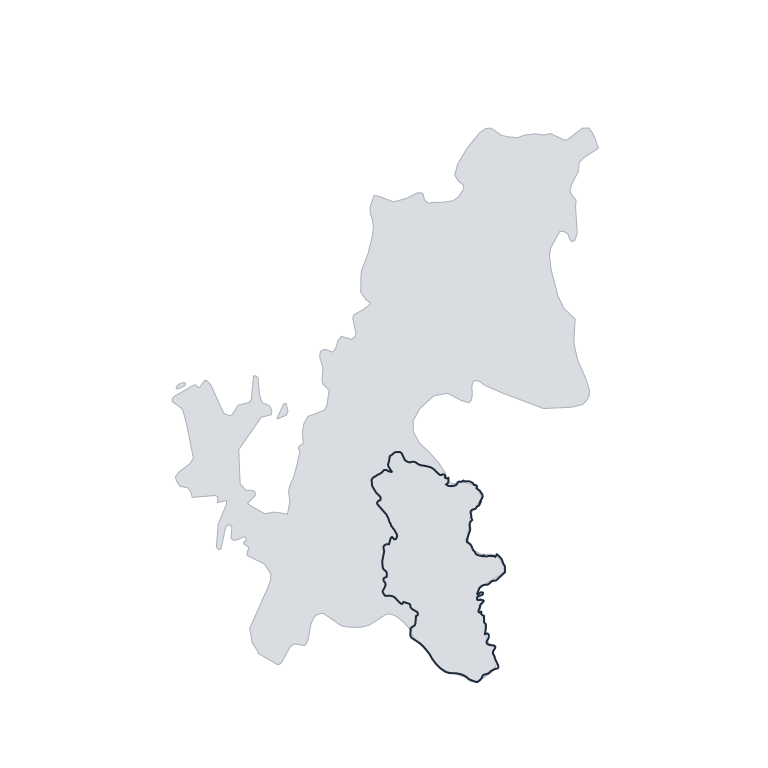 Khatlon highlighted on a map of Tajikistan, rotated 284°
{"feature_id": "TJK-367", "entity_name": "Khatlon", "entity_type": "Region", "adm_level": 1, "iso_a3": "TJK", "parent_name": "Tajikistan", "parent_adm1": "", "projection": "robinson", "projection_center": [69.268, 37.83], "detail": "fine", "context": "in_parent", "style": "outline", "palette": "slate", "viewbox_px": 768, "rotation_deg": 284, "n_neighbors": 0, "source": "natural_earth", "source_scale": "10m", "svg_char_len": 9093}
<svg xmlns="http://www.w3.org/2000/svg" viewBox="0 0 768 768"><g transform="rotate(284 384 384)"><path d="M116.2,540.5L119.2,533.7L120.6,511.2L124.4,503.5L135.8,489.5L141.7,478.8L148.4,470.2L153.2,467.3L157.6,460.5L161.3,452.7L162.3,447.8L162.0,443.9L160.7,441.4L146.3,427.9L142.0,419.5L139.6,408.8L139.0,401.3L146.8,380.7L145.6,377.3L143.4,374.1L138.9,372.1L132.4,371.2L117.9,372.2L112.2,371.1L110.9,369.8L110.2,360.4L108.8,358.4L106.4,356.6L89.9,352.3L86.7,350.4L86.1,348.0L92.1,327.3L94.6,325.7L101.0,318.7L114.4,312.8L158.8,320.6L166.1,321.4L171.0,320.6L174.4,318.2L180.4,311.5L184.5,292.6L188.1,291.9L191.8,292.8L193.5,291.0L195.0,286.5L196.5,286.0L199.2,288.3L201.9,286.2L201.6,284.3L198.6,281.2L195.9,276.3L197.1,272.9L208.6,271.0L209.8,269.3L209.4,266.5L206.4,265.0L184.6,265.7L183.3,264.0L183.9,262.2L185.6,260.7L208.3,257.0L229.3,260.3L232.8,259.3L228.6,251.0L234.3,250.2L235.0,247.4L227.6,225.3L231.7,223.4L235.8,219.0L235.4,210.8L239.0,206.8L243.3,204.0L249.7,206.8L259.5,214.9L265.9,217.0L297.9,201.9L309.7,195.3L311.7,192.8L315.7,182.8L317.9,182.1L320.9,183.2L337.3,200.1L337.3,202.4L335.6,204.1L336.0,205.8L344.4,209.4L344.5,211.0L341.5,215.9L316.7,235.7L315.9,242.1L317.9,244.2L328.2,247.6L333.5,257.8L337.3,259.0L360.5,255.5L360.7,257.2L359.6,260.3L343.9,265.5L336.7,269.9L335.3,277.7L333.4,279.9L330.2,281.8L327.0,282.2L322.1,273.0L285.3,258.9L252.2,268.6L247.5,275.7L249.0,282.2L248.1,285.0L244.7,286.0L235.3,280.5L233.1,285.2L229.3,299.8L233.2,308.6L234.5,321.8L247.1,321.1L257.4,317.2L262.6,317.1L270.6,318.8L284.6,319.1L298.4,318.7L301.0,316.2L303.9,317.1L306.6,320.1L317.8,316.4L326.1,315.9L334.2,318.1L343.8,332.1L348.9,333.8L364.5,332.3L369.1,324.7L373.1,322.8L384.9,320.8L394.8,315.0L399.8,314.4L402.3,316.4L403.5,319.1L402.4,326.0L405.7,328.4L415.4,329.0L419.9,331.2L419.5,342.0L423.6,344.7L425.7,344.9L439.7,337.9L443.6,337.8L451.7,346.3L458.0,351.3L459.5,350.5L462.3,345.1L467.6,339.2L483.3,335.5L489.1,334.7L506.8,337.0L524.8,336.9L534.4,335.7L542.1,332.2L545.9,329.4L552.2,327.7L564.5,328.8L564.9,333.7L563.0,349.2L569.5,360.8L577.7,370.4L578.5,373.5L577.7,376.0L572.8,378.5L571.1,381.1L570.3,384.1L572.0,387.5L575.0,398.5L578.8,407.1L584.0,411.2L591.8,413.9L596.0,413.3L598.9,407.0L603.9,402.1L615.0,402.2L633.2,407.7L651.1,416.1L656.3,420.7L658.2,425.9L653.6,438.0L654.0,445.7L655.3,453.9L659.4,460.0L663.4,470.4L664.3,479.1L667.3,484.7L664.2,500.6L666.0,503.3L680.2,514.6L681.9,520.7L679.0,524.5L673.6,529.2L664.7,535.0L652.1,523.3L646.6,519.8L636.2,521.0L622.7,517.6L615.8,517.9L611.6,521.9L608.9,525.9L602.0,527.1L576.9,535.0L569.5,534.3L567.5,532.2L569.1,529.4L574.3,525.9L575.5,521.6L574.4,517.6L556.0,512.7L548.4,513.5L535.3,518.5L511.2,531.6L500.7,540.5L493.2,553.8L470.2,558.1L454.5,565.8L438.4,578.2L427.6,585.0L422.4,585.9L417.1,584.7L411.8,581.4L406.6,570.9L398.8,544.7L404.0,500.5L407.0,482.5L409.6,476.2L409.7,471.9L407.4,469.8L402.5,469.9L394.9,472.3L389.6,472.7L386.4,471.1L386.7,462.8L390.4,447.7L384.4,435.0L368.8,424.7L355.5,421.1L344.6,424.2L335.4,432.4L328.0,445.7L320.4,456.5L312.4,465.0L304.8,470.6L303.7,474.1L308.0,485.4L307.8,494.8L303.0,502.4L297.7,506.0L291.9,505.6L287.3,503.9L283.9,500.7L274.7,499.8L259.7,501.3L249.5,505.1L244.0,511.3L242.4,519.4L244.7,529.5L243.5,537.2L235.0,545.6L232.0,546.4L225.5,541.8L215.5,531.7L208.6,526.3L204.9,525.5L200.6,527.1L198.1,531.4L194.9,532.5L190.4,531.6L186.2,532.5L183.7,535.7L176.8,539.5L164.5,543.7L157.7,548.3L156.6,553.1L154.7,555.3L151.0,554.5L139.8,561.2L131.4,559.1L121.9,550.6L116.7,543.5L116.2,540.5ZM341.2,293.8L334.5,297.4L330.5,297.0L325.1,290.3L324.6,288.5L338.4,291.0L341.0,291.9L341.2,293.8ZM336.9,191.2L334.6,191.4L330.5,187.0L329.1,184.0L330.8,183.0L334.3,185.2L336.6,188.9L336.9,191.2Z" fill="#d9dde1" stroke="#a8b0b8" stroke-width="1"/><path d="M117.9,539.0L118.2,537.6L119.7,534.8L120.6,531.7L121.0,528.3L120.8,524.4L119.3,517.1L119.6,513.2L121.8,507.4L125.1,502.0L129.1,497.1L133.2,493.3L138.8,485.8L141.1,481.6L144.4,472.1L145.8,470.7L148.2,469.9L151.8,469.5L152.9,469.1L153.3,468.9L155.4,470.4L156.2,471.3L157.3,472.2L159.2,472.4L165.0,471.5L166.5,471.1L166.8,471.4L167.1,471.7L167.3,472.1L167.5,472.4L168.0,472.6L168.4,472.5L169.9,472.2L170.4,471.9L170.8,471.3L172.0,467.0L172.8,465.1L173.8,463.8L176.2,462.7L176.6,462.4L176.8,461.7L177.0,460.0L177.0,457.9L177.3,456.2L177.2,455.7L176.8,455.4L175.6,455.1L175.1,454.9L174.9,454.5L174.9,454.0L175.0,453.5L176.2,451.1L179.5,446.1L179.7,445.5L179.9,444.9L180.1,443.8L180.1,442.7L180.0,441.2L179.8,440.2L178.9,437.1L178.8,436.6L179.0,436.1L179.3,435.6L180.5,434.2L181.9,433.0L182.4,432.9L183.2,432.9L186.0,433.7L188.6,434.1L189.1,434.1L189.9,434.0L190.9,433.5L191.5,433.1L191.9,432.6L192.8,431.4L193.1,431.1L193.6,430.9L194.2,430.8L194.9,430.7L195.6,430.9L196.1,431.2L197.3,433.1L198.1,433.2L201.0,432.5L201.6,432.3L202.1,431.9L202.7,431.2L203.0,430.6L204.0,428.6L204.3,428.2L204.6,427.9L206.2,427.0L211.3,425.2L221.8,424.6L225.3,423.0L225.6,422.9L226.1,423.0L226.7,423.1L227.3,423.3L227.9,423.7L228.3,424.1L228.6,424.5L229.1,425.2L229.3,425.6L229.4,425.9L229.7,427.6L235.9,427.8L236.6,428.2L237.4,428.6L237.4,429.1L237.2,429.5L237.0,429.9L236.2,430.6L235.9,431.1L235.8,431.7L236.2,432.7L236.7,433.1L237.4,433.4L238.2,433.4L239.6,433.5L240.4,433.3L240.9,433.0L241.8,432.4L242.7,431.3L244.3,430.0L245.6,428.5L246.1,427.7L246.4,427.3L246.8,427.0L247.2,426.7L247.9,425.5L248.3,425.1L249.7,424.4L250.0,424.1L250.6,423.5L250.9,423.1L252.7,421.9L254.7,420.7L258.1,417.7L258.9,416.5L265.8,406.6L266.3,406.3L266.8,406.1L267.9,406.2L268.4,406.3L268.8,406.5L269.2,406.8L269.7,407.5L269.9,408.0L270.2,408.3L270.7,408.6L271.4,408.6L272.7,408.2L273.4,407.9L273.9,407.4L276.7,402.6L281.3,398.0L282.0,397.4L282.4,397.1L286.0,395.9L287.2,395.3L288.2,395.2L289.6,395.6L290.7,396.2L291.4,396.8L291.9,397.6L294.7,400.1L295.6,401.4L297.3,403.1L299.3,404.2L300.5,404.8L301.0,406.2L301.0,407.4L300.5,409.5L300.3,411.7L300.5,412.5L300.8,412.8L301.1,412.5L303.3,410.0L305.3,408.1L305.7,407.8L306.3,407.6L307.1,407.4L310.7,407.5L315.2,407.1L315.7,407.3L316.1,407.6L316.3,407.9L316.7,408.4L319.8,410.6L320.2,411.0L320.4,411.3L320.6,411.7L321.0,412.6L321.4,414.2L321.8,415.6L321.6,416.9L320.7,418.2L315.5,422.4L314.4,424.6L314.1,426.7L314.2,427.8L314.3,428.5L314.9,429.2L315.2,429.8L315.5,430.6L315.8,432.2L315.7,433.1L315.6,433.8L314.7,436.0L314.1,438.2L314.0,439.0L314.1,439.7L314.3,441.2L314.5,443.9L314.5,449.0L314.3,450.2L313.4,452.8L310.2,458.3L309.3,460.2L309.4,461.3L309.9,462.1L311.2,463.7L311.3,463.7L310.9,463.9L310.5,464.4L310.1,465.2L309.3,465.6L308.4,465.7L307.8,466.0L307.6,466.9L307.6,467.7L307.8,468.4L308.4,469.2L306.6,469.8L304.9,470.1L303.1,469.8L301.6,468.6L300.7,470.9L301.1,473.8L302.1,476.5L303.4,478.4L304.3,478.8L306.9,479.6L307.4,480.4L307.6,481.7L308.1,482.9L308.8,483.9L309.5,484.5L309.1,485.6L309.3,486.9L310.1,489.6L310.2,491.0L310.0,491.8L309.7,492.6L309.6,493.7L308.6,495.1L308.2,495.3L307.9,495.7L308.0,496.4L308.1,497.2L308.0,497.9L307.5,498.6L307.4,498.8L307.0,499.1L306.7,499.0L305.2,499.1L304.0,501.8L303.8,502.7L303.3,503.0L300.6,506.2L298.4,507.0L296.1,506.6L293.8,505.8L291.7,505.5L292.2,506.2L289.8,505.8L289.1,505.5L288.8,505.3L288.4,504.9L288.1,504.2L287.7,503.8L286.7,503.6L285.1,503.0L284.2,501.7L283.5,500.2L282.2,499.1L280.4,499.0L277.2,500.6L275.6,501.0L274.9,501.4L274.1,502.0L273.3,502.5L272.5,502.0L271.9,501.6L270.2,501.1L269.6,501.0L267.7,501.3L264.5,502.6L262.8,502.9L252.3,502.0L250.8,502.7L249.4,506.6L247.8,508.2L244.4,510.6L244.1,511.0L243.6,512.1L243.3,512.6L242.7,513.1L241.6,513.9L241.2,514.4L240.8,515.9L240.6,517.6L240.7,521.1L240.8,521.5L241.5,521.6L241.7,522.1L241.7,522.6L241.3,522.8L241.2,523.0L241.3,523.9L241.4,524.8L241.6,525.6L242.0,526.2L242.7,527.6L243.2,530.8L243.8,531.6L243.2,533.7L244.5,534.3L245.9,534.5L245.7,535.7L243.0,540.0L241.7,541.2L238.6,543.1L237.4,544.5L236.6,545.3L235.7,545.6L235.4,545.7L233.6,546.0L232.1,546.7L230.6,546.9L223.3,542.1L222.9,541.9L221.2,540.8L220.4,540.0L219.1,536.7L217.7,535.6L215.9,534.5L214.4,533.1L213.3,529.7L212.1,528.1L210.5,526.7L209.0,525.9L203.8,525.3L203.5,525.2L203.1,525.1L202.8,525.4L203.2,526.5L203.7,527.1L205.0,528.0L205.3,528.4L205.6,529.7L205.2,530.6L204.3,530.8L203.2,530.3L202.2,529.0L201.5,527.5L200.7,526.3L199.0,525.9L197.4,526.5L197.1,527.5L198.0,530.3L198.2,532.3L197.8,533.2L196.9,533.1L194.1,531.4L193.2,530.9L192.2,530.8L190.6,531.0L187.6,530.6L186.2,530.6L185.3,531.6L185.7,532.0L185.9,532.4L186.4,533.5L184.6,533.8L183.7,535.1L183.3,536.6L183.0,537.3L181.6,537.5L178.7,538.4L177.2,538.6L176.8,539.0L175.7,540.8L175.0,541.2L174.2,541.3L170.6,542.1L165.8,542.4L166.9,544.6L166.4,546.0L164.9,546.7L162.8,546.9L161.3,546.6L159.8,546.0L158.3,545.9L156.9,546.9L156.3,548.5L156.4,550.3L156.9,554.3L156.0,555.6L154.2,555.6L151.0,554.5L149.0,554.8L147.6,556.0L146.4,557.2L144.9,557.8L144.0,558.4L138.9,562.6L138.1,563.1L137.1,563.5L136.5,563.4L136.2,563.4L135.5,563.0L135.1,562.2L134.8,561.4L134.3,560.6L131.7,557.5L131.0,556.9L129.2,555.9L128.4,555.2L127.2,553.3L126.4,551.7L125.3,550.5L121.8,549.7L119.9,548.8L118.2,547.5L117.2,546.3L117.2,544.9L117.9,539.0Z" fill="none" stroke="#1e293b" stroke-width="2"/></g></svg>